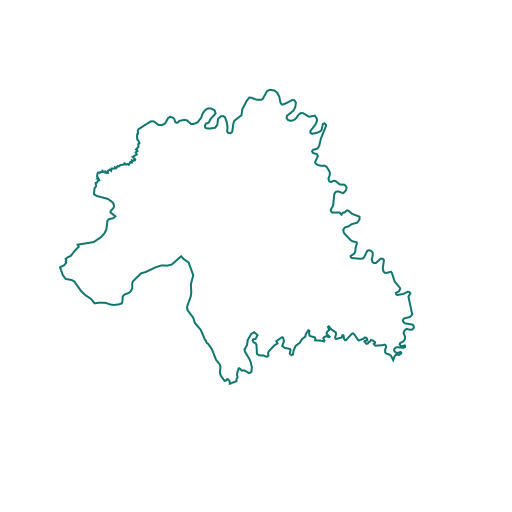 Rattanaburi, Surin, Thailand, rotated 42°
{"feature_id": "78962969B68568199624354", "entity_name": "Rattanaburi", "entity_type": "district", "adm_level": 2, "iso_a3": "THA", "parent_name": "Thailand", "parent_adm1": "Surin", "projection": "albers", "projection_center": [103.879, 15.335], "detail": "fine", "context": "isolated", "style": "outline", "palette": "teal", "viewbox_px": 512, "rotation_deg": 42, "n_neighbors": 0, "source": "geoboundaries", "source_scale": "gbopen_adm2", "svg_char_len": 6100}
<svg xmlns="http://www.w3.org/2000/svg" viewBox="0 0 512 512"><g transform="rotate(42 256 256)"><path d="M399.9,240.5L402.2,240.4L402.6,240.9L402.3,242.6L404.7,242.8L409.9,237.4L410.6,236.0L411.9,235.6L413.6,236.4L414.4,238.9L416.7,241.3L418.3,241.3L421.0,240.0L423.0,239.8L427.7,241.6L426.1,238.0L426.0,236.2L426.5,235.0L428.5,233.8L429.1,231.5L428.8,230.7L427.6,230.6L426.0,233.3L424.3,234.3L422.0,233.9L421.0,232.7L421.1,230.8L421.8,229.4L427.1,225.5L427.7,224.0L427.2,223.1L426.4,222.9L424.2,226.0L421.9,225.6L421.4,224.4L422.6,220.8L422.3,218.2L420.8,216.2L417.4,214.7L416.3,212.4L416.6,209.4L419.6,207.9L421.3,206.2L421.5,204.5L420.9,203.2L419.3,202.2L418.1,202.3L411.6,206.5L408.7,206.1L407.9,204.9L407.9,203.2L411.2,198.3L411.2,194.9L396.5,184.2L395.6,180.4L394.3,180.2L392.7,180.9L390.9,185.6L387.1,190.4L386.0,190.7L384.7,189.8L385.9,186.4L385.2,183.9L384.3,183.4L375.9,182.1L368.4,177.7L366.8,177.4L364.2,181.4L362.8,182.3L361.1,182.2L358.5,180.4L353.9,173.5L352.1,173.2L350.4,174.6L349.8,181.0L348.2,182.4L346.7,182.5L344.4,181.2L342.6,177.8L340.9,175.8L339.8,175.2L337.6,175.3L335.8,176.4L335.2,177.6L337.2,184.6L337.1,186.3L335.5,188.2L328.7,193.3L327.2,193.5L326.3,192.6L327.4,188.7L327.0,186.5L324.6,183.4L322.4,178.8L321.3,178.6L317.9,180.5L316.1,180.9L306.8,180.2L305.2,179.6L303.3,178.1L302.9,175.5L304.9,171.9L305.8,168.4L308.9,163.4L308.5,159.6L306.6,157.5L299.2,160.4L294.0,160.5L292.9,161.6L292.8,164.4L291.6,165.6L291.8,168.2L288.9,167.8L283.8,172.6L282.1,172.7L280.6,171.6L279.6,166.9L272.8,157.7L272.4,156.1L272.5,154.7L273.8,153.0L278.8,151.0L278.9,146.6L277.7,144.8L276.7,144.1L273.9,143.9L270.4,146.8L264.9,147.1L263.4,148.2L262.4,150.7L260.5,151.5L258.1,150.1L256.7,146.6L254.9,144.4L250.9,143.0L248.6,142.5L246.4,143.0L244.6,145.0L241.2,147.0L238.8,147.4L237.2,146.9L235.0,140.2L233.3,139.5L229.1,141.4L227.4,140.4L227.4,138.8L229.8,135.0L229.3,131.9L225.7,125.4L221.0,112.5L220.2,111.7L218.0,111.6L217.4,113.2L220.2,118.1L220.5,119.7L219.1,123.3L215.9,127.7L214.2,128.1L212.8,126.9L212.2,118.4L210.9,114.8L209.3,113.2L205.8,112.4L202.2,117.1L195.5,118.3L193.7,119.7L193.1,122.1L193.6,127.5L193.1,129.7L191.5,132.2L189.0,133.5L186.4,133.1L185.2,131.1L186.6,122.8L185.3,118.6L183.0,115.3L180.2,114.6L178.6,115.8L176.1,122.5L174.4,125.8L173.8,126.1L171.4,125.6L166.8,122.1L162.6,120.5L159.0,120.7L155.8,122.7L154.8,123.7L153.9,126.2L155.9,134.8L155.4,136.3L151.7,139.6L146.8,141.4L145.0,142.7L145.3,147.1L147.6,156.0L151.0,161.1L149.4,170.1L150.5,172.6L155.2,179.6L154.9,181.8L153.2,183.1L151.2,182.8L148.7,179.4L144.7,176.1L140.0,173.6L137.7,174.2L136.4,175.8L136.1,179.6L139.5,184.4L139.8,188.1L136.3,192.3L133.7,194.3L132.3,194.5L130.9,193.4L130.2,191.1L131.4,189.1L131.5,187.8L130.6,184.9L130.6,177.1L127.7,175.4L123.5,176.6L121.2,179.1L120.6,181.9L121.0,185.9L122.7,189.8L123.2,195.6L121.2,199.9L119.4,201.4L113.9,201.4L111.7,202.8L109.3,205.9L108.6,207.2L108.6,209.3L107.8,210.2L106.2,210.4L103.8,209.0L102.2,208.7L99.0,210.0L98.4,212.5L99.8,218.1L98.6,221.6L95.9,223.8L89.8,224.4L87.7,226.4L83.8,240.5L84.6,242.4L86.6,244.1L86.2,244.9L87.2,246.3L89.7,248.9L89.6,249.5L90.1,248.7L93.7,249.9L93.5,250.9L93.9,251.0L94.0,252.0L95.6,253.4L95.5,257.1L96.8,256.8L97.7,257.3L97.2,259.5L99.5,260.3L98.0,264.9L101.6,265.0L101.9,265.8L101.0,266.0L101.4,266.7L100.9,267.8L99.9,268.0L101.3,269.6L100.6,270.3L100.1,269.7L99.6,270.1L100.5,273.4L98.9,273.7L98.4,275.0L96.2,275.2L96.7,276.3L94.3,279.2L94.2,281.2L93.0,281.8L93.4,284.0L91.7,284.4L92.5,285.6L90.1,287.7L91.4,289.6L89.5,289.7L89.0,291.7L90.4,293.5L88.5,294.8L88.2,294.0L87.4,293.8L86.4,295.4L84.9,295.5L85.5,296.5L84.2,297.8L84.2,298.9L82.9,299.4L82.9,300.4L84.5,303.2L86.1,303.5L86.2,304.8L87.7,304.1L88.9,304.6L88.2,306.3L88.7,307.7L87.9,309.0L90.4,311.0L90.8,314.0L94.3,318.5L97.4,318.0L107.7,312.7L112.8,312.1L115.4,312.6L117.3,314.1L118.0,316.0L117.9,319.8L118.7,321.0L124.9,320.6L124.7,323.3L122.1,327.0L121.9,329.0L127.1,336.5L128.2,340.6L128.2,345.6L126.1,354.2L115.9,366.9L118.1,367.8L117.8,373.5L118.3,380.0L117.1,382.4L116.5,385.6L117.9,386.1L118.3,387.5L119.3,387.7L119.6,389.9L119.6,391.3L117.9,395.5L125.3,399.5L129.8,400.4L135.3,397.1L137.9,396.5L149.6,399.1L155.0,399.3L162.1,398.3L167.7,399.2L170.8,395.5L175.4,391.6L180.8,389.2L183.2,387.4L186.3,384.0L187.9,381.2L187.6,379.8L184.0,375.2L184.1,372.5L186.3,368.4L186.5,365.7L185.5,362.6L182.6,359.5L181.5,357.4L182.2,345.7L184.7,341.8L188.8,331.9L191.4,327.4L192.4,325.9L196.6,322.5L199.1,318.6L200.6,306.3L204.2,306.7L210.2,305.9L222.3,312.3L226.5,320.6L232.3,326.4L234.7,330.0L238.6,339.6L241.3,342.1L250.8,343.9L255.2,346.6L264.6,347.9L274.2,352.5L275.3,352.4L277.5,353.6L279.2,353.3L285.7,354.8L295.6,359.8L301.9,360.9L303.8,362.2L307.4,367.1L310.5,368.7L316.3,369.8L317.1,368.6L316.9,366.8L317.8,366.3L320.3,366.7L322.0,368.5L325.2,362.2L324.1,360.8L323.3,358.3L321.4,357.0L320.2,355.3L318.3,351.1L318.9,350.5L322.2,350.7L323.9,348.8L329.1,347.7L329.9,346.6L330.0,345.0L327.4,341.5L323.2,338.5L320.3,337.1L311.8,334.5L310.1,333.3L308.8,328.0L306.1,324.1L304.6,317.2L305.6,313.9L310.1,313.8L311.2,318.0L309.7,319.8L310.1,321.0L311.6,321.7L313.7,321.2L315.6,321.5L322.1,328.0L324.5,327.9L328.2,324.9L331.5,323.7L332.0,321.8L329.9,320.0L329.3,318.3L329.4,310.2L330.5,306.6L328.1,305.7L329.7,298.9L330.9,298.6L333.8,300.6L335.7,305.4L338.9,305.0L343.6,302.3L344.6,302.8L346.4,306.0L348.5,306.0L349.4,304.5L347.1,300.9L345.6,296.2L346.6,291.1L345.8,287.0L346.6,282.9L345.2,280.6L344.5,276.2L345.8,275.9L347.0,277.8L349.0,279.3L350.1,279.2L354.0,277.1L355.5,277.7L356.3,279.2L361.3,275.2L363.7,274.1L363.4,273.0L361.0,272.1L360.9,270.7L361.8,268.6L364.6,267.5L364.7,266.7L361.2,266.7L360.1,266.2L359.6,264.6L359.9,262.0L357.0,260.6L357.1,259.6L361.5,260.1L366.3,259.4L367.7,260.4L369.4,263.8L371.0,264.2L374.2,259.2L373.3,257.4L373.5,256.6L374.5,256.6L376.7,258.6L378.4,259.0L379.1,258.6L379.3,249.5L379.8,248.6L381.3,248.5L388.7,250.2L391.0,246.2L391.4,243.7L392.6,243.0L394.4,243.4L395.2,244.3L393.7,245.9L393.8,247.0L396.8,247.4L397.7,246.1L397.5,244.6L398.0,243.2L397.6,241.4L399.9,240.5Z" fill="none" stroke="#0f766e" stroke-width="2"/></g></svg>